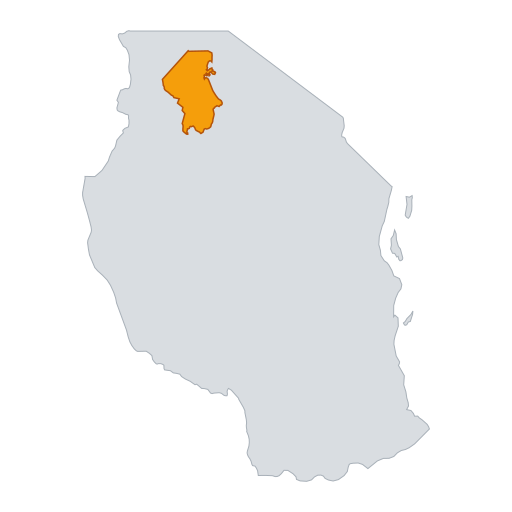 where Mwanza sits in United Republic of Tanzania
{"feature_id": "TZA-3357", "entity_name": "Mwanza", "entity_type": "Region", "adm_level": 1, "iso_a3": "TZA", "parent_name": "United Republic of Tanzania", "parent_adm1": "", "projection": "equal_earth", "projection_center": [33.157, -2.458], "detail": "fine", "context": "in_parent", "style": "filled", "palette": "amber", "viewbox_px": 512, "rotation_deg": 0, "n_neighbors": 0, "source": "natural_earth", "source_scale": "10m", "svg_char_len": 5661}
<svg xmlns="http://www.w3.org/2000/svg" viewBox="0 0 512 512"><path d="M195.0,384.7L190.0,381.2L185.3,379.0L181.6,376.6L179.9,374.2L176.3,373.3L173.3,372.9L170.4,370.7L164.6,369.9L164.0,368.5L163.9,365.2L162.8,364.4L160.7,363.6L158.4,363.6L157.1,364.1L156.2,363.8L154.3,361.9L152.6,359.5L151.9,355.6L149.2,353.2L146.2,351.2L137.6,351.4L136.3,350.8L134.2,348.8L131.9,345.6L129.9,341.9L128.2,336.9L126.5,330.1L116.6,303.1L115.6,297.9L113.7,292.3L110.5,285.3L107.2,280.1L102.7,275.4L97.6,270.8L94.8,267.6L89.5,254.9L88.4,248.9L87.6,242.7L87.9,240.2L91.2,232.2L91.5,230.0L91.1,227.0L89.5,220.6L87.4,212.9L83.2,198.9L82.6,195.3L82.6,192.6L85.1,178.4L85.0,176.4L94.9,176.6L102.0,170.4L108.3,161.0L109.5,157.1L112.1,151.1L114.6,148.2L115.5,146.1L116.9,140.1L120.2,136.1L123.4,132.9L122.7,130.7L123.2,129.9L125.0,128.3L128.4,126.9L129.0,123.7L129.0,120.2L128.5,118.2L128.6,115.9L128.0,114.7L125.8,114.3L122.5,112.6L119.7,111.8L117.9,110.8L117.2,110.0L116.9,107.9L118.4,102.4L116.9,100.2L120.3,91.1L120.9,90.0L122.2,89.9L124.1,88.9L126.0,88.4L127.5,88.8L128.6,88.4L129.5,87.4L130.4,84.3L131.0,79.2L130.6,75.0L129.2,71.7L128.8,66.8L129.5,60.2L129.0,54.7L127.4,50.3L125.8,47.7L123.4,46.4L119.5,39.7L118.3,36.5L118.5,34.4L119.8,33.6L122.3,33.9L124.6,33.1L126.8,31.3L128.9,30.7L130.0,31.0L228.2,31.0L342.8,117.2L343.3,118.2L344.2,125.7L344.0,128.2L342.2,132.5L341.7,134.7L341.7,136.2L342.1,136.9L343.6,137.1L344.9,138.1L345.4,138.9L346.4,142.1L347.6,143.7L391.1,186.0L392.1,186.6L391.4,190.2L388.9,198.7L388.8,202.3L387.8,206.5L386.9,209.3L384.3,221.4L382.2,225.9L379.3,236.5L378.8,244.6L380.4,250.3L380.9,255.6L384.3,260.8L387.0,262.7L388.8,265.0L391.9,270.5L393.8,275.9L399.5,278.6L401.8,284.7L400.9,288.9L398.2,292.4L395.7,298.1L393.7,305.5L393.6,316.8L394.9,315.1L398.0,317.9L398.3,326.2L395.1,335.9L394.1,340.4L393.9,344.3L396.2,356.0L399.6,361.9L399.3,363.7L398.4,365.3L404.3,375.7L403.7,384.8L405.9,391.9L406.8,398.0L408.2,402.7L408.5,406.0L406.6,409.6L410.9,410.5L413.4,413.4L414.6,416.2L417.7,416.1L419.4,418.0L421.8,419.6L427.1,424.3L428.6,426.7L429.4,429.0L414.6,443.9L409.2,447.7L405.4,449.5L401.3,450.5L397.4,452.8L393.8,456.5L389.1,458.3L383.4,458.4L377.4,460.9L367.9,468.6L362.5,464.4L358.2,463.0L353.2,463.2L350.2,463.7L349.1,464.6L348.2,467.2L347.3,471.5L344.1,475.6L338.4,479.6L333.1,481.0L328.4,480.0L325.1,478.4L323.4,476.1L321.0,475.1L317.7,475.2L314.5,476.9L311.5,479.9L306.7,481.3L300.1,480.9L296.5,479.4L296.0,476.8L293.1,473.8L287.9,470.4L284.0,470.3L281.4,473.6L279.1,475.7L277.1,476.5L275.2,476.6L272.5,475.7L265.2,475.4L258.3,475.5L257.6,470.7L256.2,467.8L255.0,466.1L252.6,465.6L251.9,464.3L251.1,461.3L249.9,458.8L248.4,456.7L247.5,454.7L247.1,452.9L247.4,451.0L248.9,446.1L249.3,442.7L249.2,439.3L248.4,435.7L246.7,431.5L246.9,430.3L246.4,427.4L246.3,425.4L246.6,422.9L246.3,419.6L244.9,412.6L244.9,410.8L243.4,407.4L238.8,399.4L238.6,398.3L231.4,390.2L228.5,388.4L227.5,389.9L227.1,391.4L227.4,393.9L227.2,395.2L226.9,395.8L225.2,395.7L224.1,395.4L221.4,393.3L219.2,392.7L213.9,393.1L212.1,393.6L210.6,393.1L207.8,389.4L204.5,388.6L201.6,388.4L196.7,384.2L195.0,384.7ZM400.4,249.0L402.8,258.0L402.4,259.6L400.8,260.7L399.9,260.7L398.8,259.3L398.1,256.3L396.8,257.0L394.7,253.4L392.5,253.2L390.6,248.9L391.4,245.2L391.0,238.8L393.3,235.5L394.6,230.0L396.1,233.7L396.4,239.6L398.4,246.5L400.4,249.0ZM412.1,195.6L412.3,197.7L411.8,199.7L411.9,206.1L411.7,210.3L409.9,216.2L408.4,218.3L407.1,217.6L406.1,216.7L405.2,215.1L407.0,204.4L406.1,196.5L409.5,197.2L412.1,195.6ZM406.7,324.8L405.1,325.3L404.4,324.8L403.4,323.0L405.2,321.5L406.9,318.6L411.0,314.4L412.9,311.0L412.6,314.3L410.3,321.5L408.3,322.0L406.7,324.8Z" fill="#d9dde1" stroke="#a8b0b8" stroke-width="1"/><path d="M188.2,50.7L188.8,51.3L208.0,50.9L211.8,52.9L212.1,55.1L212.0,57.4L212.0,59.7L211.8,61.9L211.0,61.0L209.6,60.8L208.2,62.1L206.9,66.1L207.1,66.8L207.5,67.6L207.2,68.2L207.2,68.5L207.2,69.1L206.4,69.8L207.3,70.8L208.6,70.0L209.8,68.8L210.9,68.7L211.0,68.3L211.2,68.1L211.6,68.0L212.0,68.1L211.8,68.6L211.9,69.0L212.6,69.6L212.9,70.0L212.8,70.3L212.0,71.0L213.3,71.2L214.5,71.6L214.5,71.8L214.4,71.8L214.5,72.0L215.0,71.9L215.5,72.6L215.3,73.2L214.9,73.8L214.7,74.3L214.5,74.2L213.0,74.2L211.0,72.3L210.0,72.0L209.2,73.0L210.0,74.8L209.6,74.9L209.5,75.1L209.4,75.4L208.2,73.9L207.7,73.8L207.7,75.1L207.2,74.4L206.8,73.6L206.3,73.1L206.0,73.6L206.4,73.9L206.7,74.5L206.7,75.0L206.5,75.5L206.3,75.3L205.5,75.1L204.7,75.1L204.4,74.9L204.2,75.4L204.3,75.4L204.4,75.7L204.4,76.2L204.4,76.5L204.3,76.9L204.0,77.5L204.0,78.0L204.1,78.3L204.2,78.6L204.4,79.1L205.0,78.2L205.6,77.8L206.4,77.8L207.2,78.2L208.0,78.9L208.4,79.3L208.5,79.8L208.7,80.2L212.7,90.4L213.6,92.0L216.0,95.8L217.4,97.6L218.5,99.0L220.0,99.8L221.4,101.0L222.2,103.0L222.0,104.2L221.4,105.0L220.8,104.9L220.3,105.2L219.1,106.5L216.9,105.7L216.1,106.4L215.3,106.7L214.8,107.3L214.3,108.1L213.6,108.3L213.1,109.4L214.1,114.1L213.8,115.8L212.9,119.5L212.7,121.5L212.3,122.8L211.5,123.8L210.7,126.8L209.0,128.2L207.8,128.7L206.5,129.0L205.3,128.6L204.2,129.1L203.0,132.2L200.9,133.5L200.2,132.9L199.6,132.1L199.0,131.8L198.4,131.7L197.4,131.0L196.4,130.6L195.5,129.7L195.0,128.2L194.2,127.0L193.2,126.0L192.3,126.3L191.3,126.7L190.4,126.4L189.8,126.9L189.3,128.3L188.4,128.8L187.5,128.8L187.3,129.9L186.9,131.5L187.0,132.8L187.7,133.0L187.7,134.2L186.5,134.1L184.0,132.1L182.9,130.9L182.9,128.8L183.1,126.4L182.9,124.9L182.2,123.6L184.9,113.6L182.2,110.5L182.9,107.3L177.5,103.1L179.2,98.8L173.9,97.6L172.9,95.8L171.3,95.1L170.0,93.9L168.0,92.1L165.6,90.5L164.7,89.5L164.2,88.2L164.3,87.2L163.9,86.2L163.3,85.4L163.2,84.1L162.9,81.9L162.4,79.4L188.2,50.7Z" fill="#f59e0b" stroke="#b45309" stroke-width="1.5"/></svg>